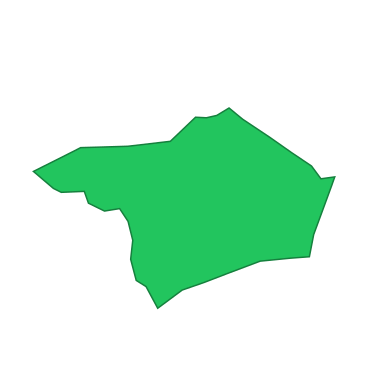 Kanem, Kanem, Chad, rotated 223°
{"feature_id": "50815135B90270246712933", "entity_name": "Kanem", "entity_type": "district", "adm_level": 2, "iso_a3": "TCD", "parent_name": "Chad", "parent_adm1": "Kanem", "projection": "equal_earth", "projection_center": [15.3, 14.131], "detail": "fine", "context": "isolated", "style": "filled", "palette": "green", "viewbox_px": 384, "rotation_deg": 223, "n_neighbors": 0, "source": "geoboundaries", "source_scale": "gbopen_adm2", "svg_char_len": 638}
<svg xmlns="http://www.w3.org/2000/svg" viewBox="0 0 384 384"><g transform="rotate(223 192 192)"><path d="M322.0,98.9L295.8,100.1L287.4,102.6L271.2,119.0L260.1,113.2L243.0,118.4L233.6,130.5L218.7,126.9L202.4,116.3L191.0,101.0L172.5,89.3L161.1,91.5L137.8,83.6L132.3,113.6L121.3,134.4L110.9,155.8L95.0,187.9L75.1,210.5L62.0,224.7L74.0,243.9L82.6,264.4L94.4,292.4L95.3,294.4L97.9,300.4L106.7,289.6L122.3,292.5L146.1,288.7L171.3,285.2L204.4,279.8L212.0,279.3L222.2,278.7L226.1,264.9L232.1,256.1L240.4,249.1L242.4,214.3L270.1,181.7L291.2,160.8L303.7,148.5L306.7,140.2L322.0,98.9Z" fill="#22c55e" stroke="#15803d" stroke-width="1.5"/></g></svg>